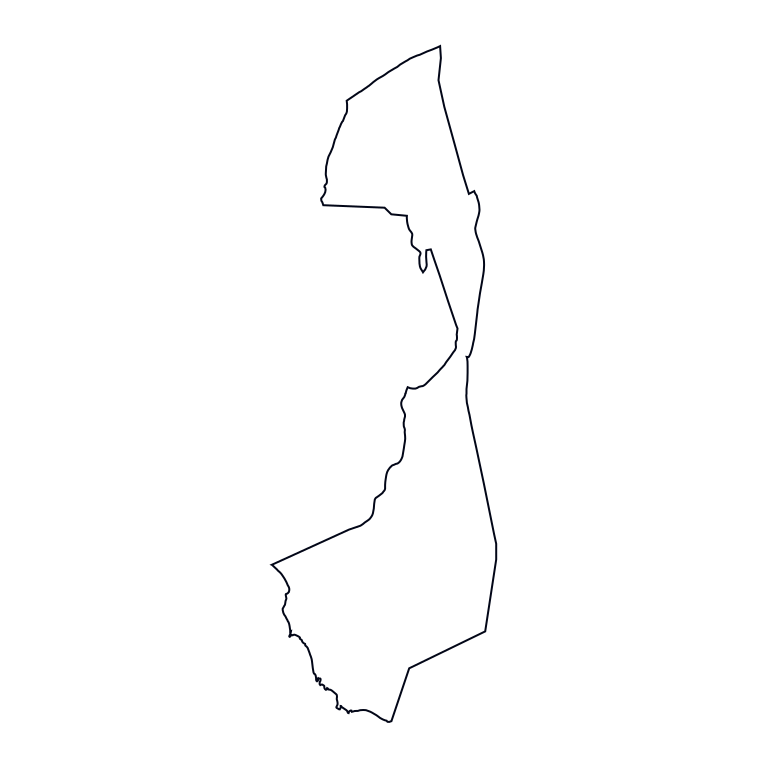 outline of Industrial Estate, Laborie, Saint Lucia
{"feature_id": "8701671B45251476998803", "entity_name": "Industrial Estate", "entity_type": "district", "adm_level": 2, "iso_a3": "LCA", "parent_name": "Saint Lucia", "parent_adm1": "Laborie", "projection": "natural_earth1", "projection_center": [-60.975, 13.743], "detail": "fine", "context": "isolated", "style": "outline", "palette": "ink", "viewbox_px": 768, "rotation_deg": 0, "n_neighbors": 0, "source": "geoboundaries", "source_scale": "gbopen_adm2", "svg_char_len": 6063}
<svg xmlns="http://www.w3.org/2000/svg" viewBox="0 0 768 768"><path d="M423.0,272.3L424.5,270.3L425.1,269.7L426.5,266.5L426.6,265.8L426.7,264.5L426.5,262.5L426.1,256.8L426.2,252.4L426.4,250.2L430.8,249.4L434.3,259.8L439.6,275.2L443.0,285.6L448.1,301.3L456.1,325.0L457.5,328.5L456.7,334.8L456.9,335.6L457.0,337.8L456.9,339.4L456.6,340.5L455.9,341.2L455.7,342.4L455.8,345.3L456.0,346.8L455.9,347.9L455.0,350.1L453.2,352.4L450.3,356.7L446.2,362.1L444.2,365.3L443.4,366.0L442.5,367.1L440.8,368.8L439.6,370.1L437.6,372.5L432.6,377.2L428.4,381.4L425.5,384.3L424.0,385.4L422.7,386.1L421.6,386.2L419.1,386.8L417.1,388.0L416.3,388.3L415.3,388.6L412.9,388.6L410.2,388.2L407.7,387.2L406.4,390.4L406.0,391.9L405.7,392.9L405.7,393.3L405.3,393.6L405.2,394.6L404.6,396.2L404.2,397.1L403.2,398.4L402.2,399.7L401.6,401.3L401.2,402.9L401.3,405.1L401.7,406.8L402.1,408.1L404.6,413.4L405.0,414.7L405.0,416.6L404.6,418.0L404.2,419.6L404.1,420.8L403.7,422.4L403.7,423.8L403.8,426.1L404.0,426.9L404.6,428.4L404.9,429.9L404.7,432.2L405.1,436.1L405.2,438.8L404.9,441.6L404.4,444.6L404.2,445.9L403.9,448.1L402.5,456.4L401.9,458.0L401.1,459.7L400.0,461.4L398.8,462.6L397.7,463.4L396.9,463.7L396.2,463.8L395.6,464.0L394.2,464.7L393.0,465.1L391.8,465.7L390.8,466.8L389.9,467.6L389.3,468.5L388.2,470.0L387.2,472.0L386.5,474.3L386.1,476.4L385.5,480.4L385.3,482.0L385.1,484.9L385.1,486.8L385.1,488.7L384.7,490.0L384.1,490.9L383.4,491.6L382.8,492.6L382.0,493.4L378.9,495.8L376.3,497.6L375.9,497.8L375.3,498.6L374.8,499.6L374.2,503.6L373.8,508.6L372.9,513.4L372.2,515.3L371.3,516.8L369.9,518.7L368.7,519.8L367.0,521.0L364.9,522.4L363.0,524.0L361.1,525.3L360.2,525.8L349.0,529.6L271.8,564.8L272.2,565.0L274.4,567.1L277.1,569.6L277.7,570.4L280.1,572.5L281.5,574.1L283.0,576.3L284.5,578.6L286.4,582.1L287.4,584.4L287.8,585.4L288.6,586.6L289.2,588.3L289.3,589.5L289.2,590.7L288.8,592.1L288.4,592.4L288.1,592.9L287.2,593.6L286.4,593.9L285.9,594.1L285.7,594.8L285.9,595.9L286.2,597.5L286.4,598.2L286.3,599.0L285.9,600.1L285.6,600.8L285.1,604.1L284.9,604.9L284.3,605.7L284.1,606.2L282.7,608.7L282.7,610.0L283.3,612.7L284.2,614.7L285.4,616.3L286.5,618.6L287.4,620.1L287.9,621.4L288.6,622.3L289.2,624.2L289.6,626.2L290.2,630.4L290.2,631.6L291.0,631.2L290.9,631.8L290.5,633.1L289.9,634.8L289.4,635.8L289.3,636.5L289.6,636.8L290.1,636.6L290.6,636.0L291.1,635.1L291.4,634.8L292.1,635.2L292.7,635.3L293.2,634.9L294.3,634.7L295.2,634.9L296.4,635.4L298.6,636.5L299.9,637.5L299.8,638.5L300.0,638.8L300.6,639.3L301.5,639.8L301.9,640.4L302.2,641.6L303.3,642.9L303.7,643.2L305.1,643.9L305.3,645.5L306.8,646.8L307.3,647.5L307.7,648.0L309.6,653.1L310.1,654.7L310.8,656.4L311.4,658.3L311.7,659.4L312.0,661.3L312.8,668.1L313.5,672.3L314.0,673.6L314.8,674.0L315.2,674.7L315.6,675.2L316.1,678.0L316.1,679.3L316.2,680.2L316.6,681.0L317.0,681.3L317.7,680.8L317.9,680.6L318.0,679.9L317.9,678.5L318.2,678.1L318.9,678.6L319.5,678.5L320.1,678.5L320.6,679.1L320.5,680.4L320.3,681.1L319.9,681.7L319.7,682.6L319.6,683.5L319.7,684.3L320.3,685.1L321.4,684.6L322.3,684.6L323.8,685.5L324.2,685.9L324.4,688.0L324.8,688.8L325.1,689.2L325.9,689.8L326.7,689.5L326.9,688.6L327.1,688.1L327.7,688.4L328.6,689.5L330.5,689.8L331.6,690.4L333.0,691.5L336.3,694.3L336.7,694.8L336.9,695.7L337.0,697.0L336.8,698.1L336.8,699.4L337.2,700.8L337.5,702.3L337.6,703.6L337.5,704.6L336.4,707.0L336.4,707.5L336.7,707.9L339.1,709.3L339.8,709.3L340.5,708.0L340.7,707.5L340.7,706.0L341.2,706.1L341.7,707.0L346.4,710.2L347.1,710.9L347.8,712.6L348.0,712.9L348.6,713.1L349.1,711.5L349.9,710.9L350.8,710.5L351.4,710.6L351.6,711.4L351.8,711.8L353.8,711.3L354.7,711.0L357.9,710.9L360.1,710.2L363.1,710.0L365.2,710.1L366.1,710.2L370.2,711.7L371.8,712.5L374.0,713.8L376.4,715.2L377.5,716.0L378.6,716.8L380.0,717.9L382.0,719.0L383.2,719.6L385.0,720.3L386.6,720.7L387.0,721.3L387.4,721.7L387.9,721.9L389.5,721.9L390.8,721.3L391.4,721.2L409.2,668.3L485.2,631.4L496.2,559.5L496.2,544.1L496.2,543.8L494.1,534.2L487.6,502.1L483.9,483.8L476.3,447.9L472.9,432.4L471.4,425.2L469.5,414.9L468.5,410.8L467.9,407.3L466.9,402.9L466.4,397.3L466.3,395.2L466.5,393.7L466.5,389.0L467.4,380.8L467.6,372.7L467.6,366.2L467.5,361.6L467.0,357.6L466.7,356.9L468.5,357.1L469.0,356.6L469.8,355.1L470.2,354.3L470.7,353.0L471.4,350.7L471.8,349.4L472.8,345.1L473.2,342.9L474.1,339.1L474.8,334.1L477.3,312.5L477.6,309.3L478.5,303.4L480.0,293.2L481.8,283.2L483.3,274.3L483.8,270.6L483.9,268.8L484.1,265.0L484.0,261.7L483.8,259.3L483.0,255.1L482.3,252.5L479.3,243.0L478.8,241.4L477.2,237.3L476.7,235.7L476.2,234.2L475.7,232.2L475.2,228.7L475.3,227.6L476.7,221.7L477.4,219.2L478.5,215.7L479.0,213.5L479.4,211.2L479.5,209.9L479.4,208.5L479.2,205.9L479.0,204.2L478.6,202.3L477.1,197.5L476.7,195.7L475.7,194.3L474.8,192.7L474.2,191.1L468.9,193.9L463.1,175.2L454.9,145.2L444.3,106.8L438.5,80.2L440.9,58.1L440.1,46.1L437.6,47.3L432.1,49.6L427.0,51.5L419.7,54.8L417.2,55.5L413.4,57.1L409.8,58.7L407.5,60.3L405.6,61.3L400.1,64.6L397.3,66.9L394.0,68.7L388.5,72.0L385.1,74.5L382.8,76.0L379.0,78.1L376.9,79.4L373.3,82.1L371.7,83.5L368.8,85.9L367.8,86.5L366.8,87.3L364.4,88.9L361.2,91.2L359.2,92.2L346.7,100.7L347.1,104.4L347.1,108.4L346.9,111.6L346.3,113.5L345.1,115.3L342.9,121.1L342.3,121.6L341.1,123.8L339.9,126.8L339.2,128.1L338.7,129.8L336.5,135.6L335.9,137.6L334.9,139.5L333.5,144.6L332.8,147.2L330.7,152.2L328.5,156.6L327.6,159.7L326.9,163.5L326.2,166.4L326.0,170.0L325.8,173.4L325.8,174.9L326.4,177.8L326.9,179.5L326.9,182.2L326.5,183.6L325.3,184.8L324.7,185.6L324.4,186.9L325.2,187.7L325.6,189.8L325.2,192.2L324.2,194.4L322.8,196.5L321.2,198.4L321.3,198.7L321.2,199.8L321.5,201.0L322.3,202.2L323.3,205.2L384.6,207.7L391.3,214.3L406.9,215.8L406.8,217.9L407.1,221.5L407.5,223.9L408.3,226.9L408.9,228.8L409.4,229.7L409.7,230.2L411.3,232.2L412.0,233.4L412.2,233.9L412.3,235.0L411.6,240.2L411.5,241.9L411.7,243.8L411.9,244.8L412.4,245.6L413.3,246.6L413.9,247.1L415.6,248.3L419.4,251.3L420.2,252.2L420.5,253.1L420.5,253.8L420.2,254.8L419.4,256.7L419.3,258.3L419.5,263.9L419.6,264.2L419.9,266.3L420.4,267.9L420.8,268.7L421.4,269.7L422.5,271.4L423.0,272.3Z" fill="none" stroke="#020617" stroke-width="2"/></svg>